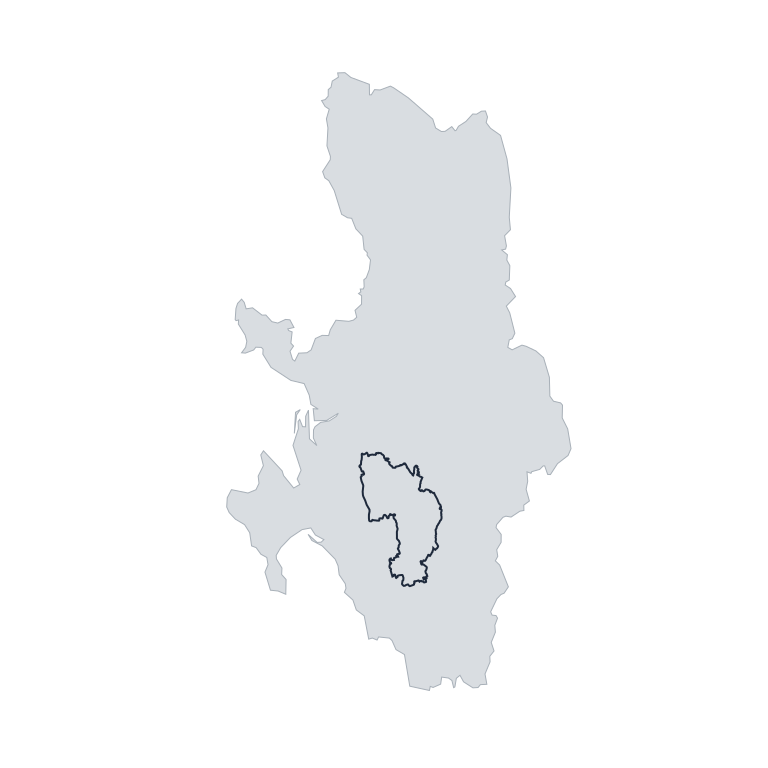 Ukraine, with Dnipropetrovs'k highlighted, rotated 81°
{"feature_id": "UKR-326", "entity_name": "Dnipropetrovs'k", "entity_type": "Region", "adm_level": 1, "iso_a3": "UKR", "parent_name": "Ukraine", "parent_adm1": "", "projection": "robinson", "projection_center": [35.02, 48.328], "detail": "fine", "context": "in_parent", "style": "outline", "palette": "slate", "viewbox_px": 768, "rotation_deg": 81, "n_neighbors": 0, "source": "natural_earth", "source_scale": "10m", "svg_char_len": 9703}
<svg xmlns="http://www.w3.org/2000/svg" viewBox="0 0 768 768"><g transform="rotate(81 384 384)"><path d="M520.9,500.4L529.4,511.6L536.4,517.3L540.0,517.6L549.8,513.6L556.2,514.9L561.8,511.3L576.3,513.9L571.9,521.0L569.9,528.4L551.2,531.0L544.3,526.8L537.0,526.9L532.9,532.2L525.6,535.9L523.2,540.1L509.9,539.9L501.1,543.7L494.3,551.9L486.8,557.0L480.9,558.6L471.8,556.6L464.5,551.2L470.4,535.4L468.4,527.0L462.6,523.0L455.3,522.7L445.8,515.9L434.8,516.8L431.1,513.5L453.9,498.2L458.8,497.5L472.6,489.5L470.1,482.9L464.3,484.6L456.2,479.4L430.4,483.5L414.9,475.6L407.6,474.7L405.8,472.8L413.4,471.1L414.0,468.2L403.6,466.4L398.0,462.7L426.5,466.2L434.3,460.0L426.3,462.2L418.3,460.8L415.4,458.8L412.0,452.6L411.9,443.8L408.5,436.1L405.7,433.7L411.0,446.3L409.4,458.5L397.3,457.8L398.5,452.9L392.7,459.4L383.3,459.6L371.1,462.8L365.9,475.4L349.9,493.0L335.6,499.0L330.8,498.0L328.7,499.4L327.6,504.8L330.0,507.4L331.8,516.1L330.9,519.8L326.1,514.9L320.4,512.8L313.9,513.5L302.0,518.5L298.0,517.6L298.3,520.2L297.1,520.9L286.2,518.4L281.5,516.0L277.9,511.4L281.5,509.3L288.2,508.4L288.2,501.9L296.9,493.7L297.4,489.9L304.9,485.0L307.2,479.4L304.8,471.2L305.9,466.9L314.1,464.1L314.5,470.4L316.3,469.8L318.2,466.6L329.1,469.6L332.4,467.4L336.9,471.7L345.4,470.5L347.4,468.5L340.2,463.4L341.1,455.2L338.9,450.6L328.3,444.6L326.3,437.4L327.5,431.1L322.1,428.6L313.5,421.5L316.6,408.9L316.1,404.1L313.8,400.5L306.7,401.1L301.7,393.7L293.2,392.3L290.7,395.0L289.4,392.5L286.5,392.6L286.9,389.6L284.9,388.4L277.9,387.6L276.2,384.8L268.7,380.6L259.3,377.9L254.1,380.6L251.8,379.9L247.9,382.6L234.6,381.9L226.4,387.5L215.3,390.0L214.1,394.0L209.8,399.3L185.1,402.9L174.6,406.7L171.1,410.2L164.6,411.4L154.1,402.0L150.8,401.3L139.9,403.1L122.3,399.3L113.1,399.4L104.0,395.1L100.8,398.7L94.3,401.3L93.9,397.6L91.0,394.1L84.5,393.0L82.6,389.9L76.7,387.7L73.8,381.0L69.5,381.1L70.4,373.9L76.1,368.7L85.7,351.6L96.1,353.1L96.4,351.3L91.8,347.3L93.0,341.8L90.8,331.1L93.0,328.1L105.2,315.2L130.0,294.4L139.2,293.0L143.6,287.8L144.0,284.1L140.4,276.8L145.0,274.2L144.7,273.0L141.1,270.1L137.5,262.0L131.2,254.1L132.0,250.4L129.8,245.1L130.2,241.1L136.5,240.0L141.8,242.2L148.1,238.8L156.7,230.0L180.9,227.3L210.2,228.0L238.9,234.2L251.4,235.0L256.4,241.7L266.8,241.5L269.8,242.8L270.0,246.8L275.6,241.9L280.8,243.3L286.8,241.2L300.9,244.0L302.4,247.8L305.2,248.8L309.5,244.1L318.2,240.4L326.2,251.0L333.4,248.7L354.3,246.8L359.3,250.2L360.0,253.4L367.2,256.0L370.3,252.1L367.2,241.7L369.0,237.7L375.1,228.8L383.0,222.3L403.3,219.6L421.9,222.1L427.5,219.3L430.3,212.5L432.8,211.0L445.4,213.3L457.1,209.6L477.1,209.4L483.4,213.4L489.8,225.1L499.5,233.8L498.9,236.5L490.0,238.1L489.8,239.6L492.7,243.6L493.7,251.8L495.2,252.8L493.1,256.5L502.6,257.3L510.2,260.1L522.3,258.7L525.5,264.9L530.8,265.6L530.9,269.7L535.3,279.3L533.6,284.3L534.3,287.4L540.5,294.8L543.4,295.8L550.9,291.8L558.7,293.1L565.3,298.6L572.0,298.6L576.1,301.7L580.9,298.1L603.8,292.9L609.4,298.1L610.2,301.4L613.7,306.0L625.7,314.3L629.2,313.4L630.2,309.6L633.0,308.5L639.7,312.3L646.5,312.8L656.0,318.5L664.9,317.1L669.5,322.1L675.0,322.7L686.2,329.6L696.7,329.4L696.0,335.8L698.5,338.6L698.0,343.7L690.6,352.0L683.6,354.5L686.0,358.6L694.3,361.4L694.8,362.7L687.5,363.3L684.5,366.3L682.5,372.9L689.3,375.0L691.4,383.0L689.9,385.6L693.8,387.1L686.5,405.8L654.4,406.1L648.2,413.7L638.7,416.2L635.8,418.4L633.0,428.9L635.8,430.9L633.1,435.3L633.6,439.0L609.9,439.8L602.8,446.7L592.5,448.5L583.6,455.7L579.8,453.5L575.2,453.5L565.4,458.1L556.4,457.8L549.4,459.6L534.3,470.3L527.3,479.7L520.6,482.5L530.0,474.8L530.4,470.8L528.3,467.7L522.4,475.4L514.7,478.8L515.0,487.7L520.9,500.4ZM418.8,480.3L398.1,475.8L396.2,470.7L400.8,475.1L418.8,480.3Z" fill="#d9dde1" stroke="#a8b0b8" stroke-width="1"/><path d="M519.5,347.6L520.7,347.8L521.5,347.6L522.3,348.0L523.7,347.9L525.2,348.1L526.0,348.3L527.0,348.9L527.5,349.4L527.7,349.9L530.0,351.4L530.5,352.1L531.4,352.6L532.7,353.9L534.8,354.8L536.2,355.9L537.8,355.9L539.6,356.1L540.3,355.9L541.7,356.7L542.7,356.6L543.8,357.1L544.9,356.9L546.4,357.2L547.4,357.7L547.8,357.7L549.2,357.3L550.5,356.6L552.1,356.1L552.6,355.9L553.3,356.2L554.6,357.3L554.7,357.6L554.8,358.1L555.8,359.2L555.1,360.2L554.1,360.7L553.7,361.0L555.2,361.3L556.3,362.0L557.5,362.4L557.8,363.0L559.2,363.8L559.6,364.4L560.7,365.1L561.0,365.5L560.7,365.9L559.8,366.4L559.7,366.7L559.7,367.0L561.2,367.9L562.0,368.7L564.5,370.4L565.0,371.0L565.1,371.3L564.4,372.3L564.4,372.6L565.8,373.8L564.7,375.1L564.7,375.3L565.0,375.6L565.4,375.7L566.3,375.1L567.1,375.5L567.3,375.5L568.2,375.1L568.3,374.7L567.8,374.3L568.4,373.3L571.0,370.8L571.7,370.4L572.6,370.6L574.1,371.3L574.7,371.7L575.2,372.3L575.5,372.4L577.1,372.3L577.5,372.2L578.4,371.6L580.4,371.3L580.6,372.1L580.9,372.4L582.3,372.2L582.6,372.3L582.7,372.7L582.1,373.1L581.7,373.7L581.3,374.1L581.2,375.2L581.4,375.6L582.6,375.5L582.9,375.4L583.4,373.8L583.7,373.4L585.4,373.3L586.0,373.4L586.2,373.8L586.2,374.3L586.3,375.4L585.9,375.7L585.0,376.2L584.9,376.3L585.1,377.2L584.3,377.9L584.3,379.3L584.8,379.8L584.5,380.1L583.6,380.4L583.4,380.7L583.8,383.2L583.6,384.4L583.7,384.9L584.0,385.1L585.2,384.9L585.4,385.1L585.6,385.5L586.7,385.7L586.9,386.0L587.2,387.3L587.7,390.1L587.4,390.5L586.9,391.0L585.9,391.4L585.7,391.8L585.9,393.4L586.5,394.8L586.5,396.0L585.9,396.6L585.1,397.2L584.3,397.5L582.9,397.0L581.4,396.6L581.1,396.3L581.0,395.9L580.6,395.6L578.5,395.1L575.9,395.5L575.6,395.7L575.4,396.4L575.3,398.9L575.4,399.7L575.5,400.2L575.8,400.6L576.7,400.8L577.5,402.3L577.3,402.5L575.8,402.6L574.8,402.9L574.2,402.9L574.0,403.1L573.9,403.6L574.0,404.1L574.9,404.5L575.2,404.8L575.5,405.8L569.0,406.6L568.4,406.1L567.9,406.0L567.1,406.4L566.7,407.0L566.4,407.1L565.3,407.2L564.6,407.1L564.1,406.7L562.8,406.4L562.6,405.2L562.4,405.0L562.0,405.0L561.6,405.1L560.9,406.0L560.6,406.1L559.0,406.2L558.7,406.2L558.0,405.8L557.9,405.4L557.4,405.0L557.4,404.5L557.7,404.5L558.3,404.8L558.7,404.5L559.4,402.9L559.2,402.4L559.3,401.7L558.3,401.7L557.8,401.3L557.3,401.1L557.3,400.3L557.1,399.3L556.8,399.0L555.9,398.8L556.0,398.5L556.8,397.5L556.8,397.0L556.3,397.1L555.0,397.8L554.5,397.8L554.3,397.7L554.2,397.1L554.0,396.5L554.2,395.4L554.0,395.1L553.7,394.9L553.2,394.9L551.1,395.3L549.2,396.0L548.5,396.0L548.0,395.3L547.7,395.1L545.8,394.7L545.5,394.5L544.5,393.5L543.7,393.3L541.3,393.8L539.3,395.2L538.2,395.4L537.5,395.2L532.0,394.4L529.7,393.4L529.0,393.2L525.9,393.7L524.2,393.3L522.9,393.4L522.4,393.7L521.1,393.7L520.7,393.8L518.1,395.4L516.1,395.4L515.8,395.2L515.6,395.0L515.5,393.7L514.9,393.5L514.5,393.8L514.3,394.2L514.3,394.6L514.7,395.5L514.6,396.1L514.5,397.1L514.3,397.4L513.6,397.8L513.5,398.3L513.7,398.5L514.6,398.7L514.7,399.4L515.1,399.9L516.9,400.4L517.1,400.6L517.2,401.3L516.8,401.8L514.9,402.3L513.8,403.1L513.4,403.6L513.4,404.3L513.7,404.8L516.6,406.4L516.7,406.6L516.7,406.9L516.1,408.0L516.2,408.6L516.1,409.5L516.4,409.7L517.8,410.0L518.1,410.1L518.2,410.3L517.8,412.5L517.5,413.2L517.0,415.3L516.4,416.7L516.6,417.0L517.5,417.6L517.6,417.9L517.6,418.2L517.4,419.2L517.1,419.6L516.8,419.9L516.5,420.0L514.2,419.9L510.6,419.3L507.6,418.2L505.8,418.0L500.6,420.0L496.1,420.8L492.0,422.0L490.4,422.2L486.9,421.9L481.4,420.4L480.6,420.4L476.2,421.4L472.7,421.6L472.3,421.5L471.9,420.8L471.6,420.5L470.6,420.5L470.2,420.4L469.9,419.3L470.4,418.4L469.9,417.8L469.5,417.7L467.1,418.2L467.0,418.4L467.1,419.2L466.8,419.6L462.5,420.4L462.3,420.6L462.2,421.0L461.6,421.2L461.0,421.0L460.5,420.5L460.0,419.4L459.7,419.3L456.5,418.6L455.5,418.0L452.8,417.3L449.9,417.0L449.5,416.8L449.4,416.4L449.5,416.1L450.4,415.2L450.4,414.7L450.2,413.8L449.2,412.0L449.2,411.7L449.8,411.3L451.2,411.0L452.7,410.9L452.8,410.8L452.8,410.5L452.7,410.0L452.0,409.3L451.9,408.8L451.9,406.4L452.3,405.4L452.3,404.4L452.7,403.5L452.3,402.9L451.8,402.7L451.2,402.7L451.0,402.2L451.5,400.7L451.1,400.4L451.9,397.8L453.0,397.2L453.8,396.1L454.6,395.6L455.2,395.3L456.5,395.4L457.3,395.2L457.7,395.0L457.9,394.1L457.9,393.1L458.3,391.4L458.7,391.2L458.9,391.5L459.1,392.7L458.9,393.3L458.9,393.6L459.0,394.2L459.4,394.4L459.6,394.2L460.3,392.7L461.7,391.4L462.2,390.7L462.5,390.8L463.0,391.3L464.1,391.2L466.0,389.7L466.5,388.9L467.8,388.6L468.0,388.4L468.5,386.2L468.4,385.8L467.7,385.4L467.5,385.2L467.4,382.5L467.2,381.1L466.7,380.8L466.6,380.3L466.6,380.0L467.0,379.7L467.0,379.4L466.3,377.9L466.2,377.6L466.3,377.0L465.7,376.9L465.6,376.7L465.6,376.3L465.7,375.8L466.8,375.1L469.9,374.1L470.0,374.4L470.4,374.3L471.6,373.3L475.4,371.8L477.0,370.5L478.1,370.1L478.6,369.9L478.9,369.5L478.6,369.3L477.1,368.9L476.9,368.4L476.6,368.2L474.4,368.0L473.2,367.5L471.1,367.1L470.9,366.9L470.6,366.2L470.0,365.9L469.7,365.3L469.7,364.9L470.2,364.2L470.8,363.9L471.4,364.4L471.9,364.4L473.5,363.3L474.2,363.5L474.5,364.2L475.0,364.4L475.4,364.3L476.2,363.4L476.8,363.3L477.3,363.6L477.2,364.3L477.3,364.6L477.6,364.5L478.0,364.0L478.3,363.8L478.4,364.6L478.6,364.9L478.6,365.3L478.9,365.5L479.1,365.4L479.3,365.2L479.9,363.9L480.2,363.8L481.2,362.8L481.5,361.9L482.4,360.8L486.6,363.3L487.6,363.3L488.4,363.9L489.0,364.1L490.8,364.4L491.9,364.8L493.0,366.0L493.5,366.0L494.4,365.5L495.4,364.6L495.5,364.3L494.8,363.9L494.8,363.2L495.6,362.4L496.0,362.2L496.2,361.9L496.1,361.1L496.0,360.7L494.8,359.6L494.7,359.2L494.9,358.3L495.7,356.4L496.0,356.1L496.6,355.7L497.7,355.5L498.0,355.2L497.3,354.8L497.2,354.6L498.8,353.2L499.3,352.6L499.4,352.3L499.3,351.7L499.5,351.5L499.9,351.4L500.2,351.5L506.5,349.3L507.7,349.1L510.6,348.4L511.1,348.1L511.8,347.5L512.6,347.1L513.5,347.2L514.2,346.9L515.4,347.2L515.6,347.4L515.6,347.5L515.1,348.1L515.5,348.4L515.9,348.5L516.3,348.3L516.8,347.2L517.1,346.9L517.5,346.8L518.5,347.0L519.5,347.6Z" fill="none" stroke="#1e293b" stroke-width="2"/></g></svg>